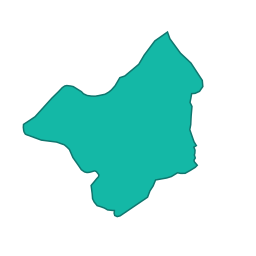 the district of Dékoa, Kémo, Central African Republic, rotated 326°
{"feature_id": "33826404B62845091164313", "entity_name": "Dékoa", "entity_type": "district", "adm_level": 2, "iso_a3": "CAF", "parent_name": "Central African Republic", "parent_adm1": "Kémo", "projection": "natural_earth1", "projection_center": [19.104, 6.266], "detail": "fine", "context": "isolated", "style": "filled", "palette": "teal", "viewbox_px": 256, "rotation_deg": 326, "n_neighbors": 0, "source": "geoboundaries", "source_scale": "gbopen_adm2", "svg_char_len": 1304}
<svg xmlns="http://www.w3.org/2000/svg" viewBox="0 0 256 256"><g transform="rotate(326 128 128)"><path d="M164.6,197.6L164.1,193.0L164.8,191.5L167.0,190.5L167.9,187.5L169.3,186.3L171.2,183.8L171.9,180.7L174.8,180.8L175.0,176.4L175.8,173.3L178.3,163.9L181.8,160.4L186.8,153.7L193.1,145.9L193.7,141.5L196.7,138.5L200.0,135.1L203.0,136.8L207.8,137.6L213.2,135.5L216.2,130.1L216.5,109.4L213.3,95.2L212.6,77.5L214.4,70.5L199.0,70.8L182.3,76.6L172.6,81.2L154.4,83.1L149.4,81.7L140.9,85.8L135.5,87.2L132.0,87.5L127.9,87.2L121.7,84.7L118.6,83.3L115.4,81.0L112.3,78.2L110.2,74.7L109.7,71.8L105.8,63.1L104.0,61.2L101.0,58.6L99.0,57.8L96.1,57.8L90.8,59.0L81.5,60.7L57.2,66.7L43.4,66.6L41.6,68.9L40.0,72.0L39.6,73.5L39.5,75.7L40.2,76.9L49.4,89.6L60.9,99.7L65.8,106.3L66.7,109.5L67.4,113.1L65.8,121.8L66.0,131.5L66.0,136.5L67.4,140.1L69.1,142.0L70.9,143.0L72.7,143.7L75.3,144.5L76.5,145.0L77.4,146.5L77.6,149.0L77.6,150.7L76.1,152.0L73.8,152.5L68.8,154.0L65.3,155.0L61.6,162.4L59.1,166.8L58.6,170.5L59.0,175.1L61.3,177.9L63.7,181.2L65.3,184.5L68.6,187.3L70.6,188.8L68.8,191.0L68.1,193.1L69.5,195.4L72.3,196.4L105.5,196.3L111.0,192.4L116.4,190.1L121.8,186.5L132.2,191.1L136.9,192.5L144.0,192.8L146.3,195.1L150.0,197.5L156.0,198.0L161.8,198.2L164.6,197.6Z" fill="#14b8a6" stroke="#0f766e" stroke-width="1.5"/></g></svg>